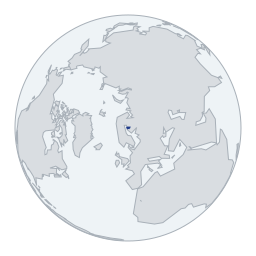 the Earth from above Central Ostrobothnia, rotated 304°
{"feature_id": "FIN-3181", "entity_name": "Central Ostrobothnia", "entity_type": "Province", "adm_level": 1, "iso_a3": "FIN", "parent_name": "Finland", "parent_adm1": "", "projection": "orthographic", "projection_center": [23.72, 63.644], "detail": "coarse", "context": "on_globe", "style": "filled", "palette": "blue", "viewbox_px": 256, "rotation_deg": 304, "n_neighbors": 0, "source": "natural_earth", "source_scale": "10m", "svg_char_len": 10696}
<svg xmlns="http://www.w3.org/2000/svg" viewBox="0 0 256 256"><g transform="rotate(304 128 128)"><circle cx="128" cy="128" r="113" fill="#eef3f6" stroke="#a8b0b8"/><path d="M18.0,103.6L18.9,100.2L19.7,97.3L19.9,96.5L23.3,86.4L25.8,81.0L42.8,54.3L46.0,51.0L48.1,49.1L64.6,37.4L52.5,44.9L56.8,41.2L62.3,37.5L61.7,38.3L68.6,35.0L74.0,32.1L82.6,30.3L88.7,33.4L85.5,34.2L87.3,35.0L91.4,34.1L93.7,33.4L105.5,36.2L119.3,35.8L123.4,33.5L122.7,35.9L130.4,30.1L137.7,29.2L129.5,31.7L128.8,33.1L133.8,33.1L134.1,34.5L136.7,35.4L136.7,37.2L131.9,38.7L131.8,39.9L135.3,39.8L137.5,41.7L132.3,41.6L135.6,44.9L128.2,48.4L114.3,47.2L110.3,51.1L96.1,55.6L97.5,56.9L93.0,59.6L92.9,62.2L90.3,62.5L92.5,64.4L94.8,63.7L96.6,64.3L96.8,65.9L93.5,66.4L92.9,65.7L92.0,66.6L90.3,66.3L91.3,67.3L87.3,67.8L91.4,69.6L88.4,72.0L85.7,71.7L85.8,68.7L79.6,61.3L76.9,60.4L73.0,62.0L66.1,71.1L63.2,71.4L59.4,74.1L61.1,75.2L64.7,73.5L66.9,76.4L71.0,74.1L72.5,75.0L76.8,74.1L76.3,77.5L73.6,81.4L70.0,82.4L68.7,84.2L72.3,86.0L65.8,90.7L61.8,98.9L60.1,99.9L56.4,96.6L55.9,89.4L51.2,85.7L54.5,91.5L50.1,94.1L49.5,96.0L49.9,97.9L51.6,98.3L50.1,100.0L46.4,94.7L47.6,93.1L48.8,94.8L48.6,91.5L46.0,88.2L44.0,89.9L42.2,83.7L40.8,84.9L39.6,84.3L42.0,82.7L37.6,85.4L35.2,79.5L29.2,84.5L34.9,76.8L36.8,72.7L38.6,68.3L37.5,69.0L41.3,62.6L42.3,58.7L39.3,60.0L35.3,64.6L31.5,71.3L31.9,71.8L30.0,76.3L28.0,76.9L24.2,86.2L22.6,88.5L21.0,92.8L19.9,96.8L18.5,102.2L18.7,103.5L18.5,107.8L17.3,110.7L18.1,111.2L17.3,115.5L17.7,126.3L17.3,126.1L17.4,138.7L19.5,150.3L19.9,154.8L19.5,154.9L20.7,158.8L20.7,159.8L27.1,175.2L31.9,184.6L32.8,187.4L30.8,184.9L26.8,177.5L23.4,169.8L20.6,161.9L18.3,153.7L16.7,145.5L15.7,137.1L15.4,128.7L15.6,120.3L16.5,111.9L18.0,103.6ZM27.6,85.4L23.3,97.7L24.2,92.1L24.3,92.8L25.7,89.4L27.8,83.8L29.0,79.3L27.6,85.4ZM29.3,87.6L29.9,85.7L29.5,87.4L29.3,87.6ZM94.6,32.9L91.5,34.0L87.6,34.3L90.2,33.2L94.6,32.9ZM102.0,32.8L100.6,33.7L98.7,32.5L100.1,32.3L102.0,32.8ZM126.3,31.6L123.6,31.8L126.1,31.1L126.3,31.6ZM137.1,35.2L137.8,34.7L138.8,35.4L137.1,35.2ZM76.7,72.3L76.7,73.2L75.9,72.9L76.7,72.3ZM78.6,71.1L77.6,70.2L78.4,69.5L78.9,70.1L78.6,71.1ZM139.7,38.8L141.3,40.2L138.9,39.0L139.7,38.8ZM79.6,72.5L79.8,68.3L81.1,67.2L84.4,68.5L79.6,72.5ZM141.6,41.1L145.4,44.5L147.2,43.6L144.3,48.2L142.0,43.7L138.8,42.4L141.1,42.2L141.6,41.1ZM95.5,62.8L93.0,63.6L95.0,61.6L95.5,62.8ZM96.4,61.4L99.9,54.4L103.7,54.1L101.8,56.4L106.6,55.0L106.7,58.3L104.1,59.8L101.6,59.3L103.6,60.9L96.4,61.4ZM142.1,50.2L142.3,51.3L141.1,50.4L142.1,50.2ZM97.4,64.4L97.8,63.0L101.2,62.6L101.0,65.4L100.0,64.6L97.4,64.4ZM107.8,53.1L110.3,53.4L111.1,56.0L112.1,56.5L107.1,58.3L107.8,53.1ZM99.3,65.5L100.9,66.8L99.4,68.4L97.3,65.8L99.3,65.5ZM102.1,61.4L103.7,61.3L102.7,62.3L102.1,61.4ZM95.2,75.1L95.6,73.3L97.4,72.9L95.2,75.1ZM101.5,67.3L102.0,66.7L102.8,66.4L103.5,67.6L101.5,67.3ZM108.0,60.1L107.8,61.2L110.1,59.5L110.8,61.5L107.3,62.4L109.1,62.9L109.3,63.5L106.2,63.5L108.0,60.1ZM106.4,67.9L102.2,69.8L101.1,73.2L99.5,73.6L101.6,68.1L106.4,67.9ZM106.6,65.3L106.1,67.0L104.3,66.6L103.5,65.2L106.6,65.3ZM112.5,62.6L112.3,59.3L113.1,59.2L112.5,62.6ZM106.5,68.9L107.5,68.4L106.6,69.2L106.5,68.9ZM111.0,64.6L110.9,63.4L111.8,63.4L111.0,64.6ZM109.6,68.5L108.3,69.1L107.7,68.2L109.6,68.5ZM110.6,66.8L111.8,67.0L108.3,67.5L110.3,66.3L110.6,66.8ZM111.9,64.8L112.4,64.4L111.8,65.3L111.9,64.8ZM112.6,71.8L108.4,72.6L107.1,70.5L111.4,70.0L112.6,71.8ZM112.4,239.6L105.4,236.9L108.7,235.6L107.7,233.6L99.0,226.5L100.9,223.1L98.5,220.9L93.6,220.1L90.8,217.2L87.8,216.2L69.0,209.8L63.2,203.7L56.0,188.6L59.4,186.1L59.9,180.4L82.8,170.0L87.8,173.4L106.0,175.4L108.3,176.7L106.3,181.8L120.1,189.7L124.4,185.6L136.8,188.6L144.9,187.5L147.5,177.2L134.2,178.9L131.7,174.1L142.2,168.4L153.8,166.8L153.2,164.8L145.8,161.7L148.3,157.3L143.2,160.3L145.4,162.1L142.2,164.1L140.0,162.6L141.0,161.0L137.5,160.5L133.7,168.3L135.5,171.0L126.4,172.7L128.5,177.4L126.1,179.5L121.5,172.5L121.9,169.9L113.6,161.4L112.4,164.3L120.1,172.5L117.8,171.8L116.2,176.1L115.5,172.3L107.4,162.8L99.0,162.9L88.6,171.0L83.7,170.0L79.4,166.0L83.0,155.7L93.6,159.0L95.0,155.6L92.7,149.1L96.2,150.7L96.5,148.6L100.5,149.5L106.0,145.3L110.0,145.6L112.0,138.9L114.3,138.2L112.5,142.3L113.4,145.4L123.4,145.9L125.2,144.5L125.7,140.2L128.4,141.0L127.6,136.8L133.3,134.9L125.7,133.7L126.1,128.9L129.4,125.1L128.1,123.4L122.7,129.5L121.8,132.2L123.2,134.8L119.4,142.3L116.0,143.2L114.8,134.8L109.8,135.3L111.0,128.8L124.9,115.8L130.8,113.1L140.9,118.7L139.6,122.0L135.3,121.6L139.4,126.4L139.0,123.9L141.3,124.6L142.2,120.4L143.8,120.7L141.9,116.2L144.0,116.1L145.2,119.0L148.3,112.9L152.6,111.7L152.6,110.2L151.3,108.9L157.6,108.3L157.3,107.2L155.1,107.0L153.0,104.7L151.7,100.5L154.0,100.6L154.7,102.1L159.7,105.4L161.4,109.6L162.2,109.2L161.3,105.6L155.2,101.5L153.8,99.0L156.9,100.5L155.7,99.7L155.7,98.5L157.8,97.4L154.5,95.6L151.7,82.6L155.5,79.3L158.6,82.0L159.0,73.5L163.3,70.8L161.3,70.5L160.1,66.5L158.7,67.2L157.7,66.8L154.0,57.2L154.9,55.2L151.0,51.1L149.9,51.0L149.0,52.3L144.3,48.2L147.2,43.6L149.4,44.0L149.7,41.0L154.8,42.5L159.1,42.5L164.5,46.0L167.4,45.8L167.2,44.7L171.1,43.7L179.8,45.8L173.7,49.0L160.8,47.6L166.2,48.5L165.3,49.8L167.4,51.2L171.1,51.8L171.4,50.9L178.9,60.4L188.6,65.9L187.1,61.4L189.1,59.8L198.8,62.9L212.1,77.5L214.8,76.1L216.9,77.4L218.7,81.4L215.7,79.6L215.0,82.0L213.1,80.5L214.9,86.6L212.3,84.7L215.0,90.5L217.1,90.3L216.4,85.6L220.0,91.5L222.9,89.5L226.3,92.0L231.8,105.1L232.7,114.6L233.4,116.0L232.2,118.0L233.0,124.1L237.2,123.9L238.0,125.7L238.1,135.4L237.7,134.3L234.5,139.5L235.6,144.9L238.1,141.9L239.1,143.5L237.9,147.1L236.8,146.0L235.6,147.7L234.7,143.6L231.3,141.0L230.0,146.6L228.9,144.2L224.1,144.0L221.6,151.9L218.4,167.7L220.0,174.3L218.0,180.1L210.7,176.8L207.1,171.6L204.7,174.8L196.9,173.6L184.3,181.9L182.3,180.7L179.9,183.1L174.4,183.6L171.3,181.1L168.1,182.7L176.4,189.0L179.8,187.1L182.4,181.9L184.1,184.5L189.4,184.5L184.3,195.3L165.2,209.7L163.0,205.0L146.8,191.9L147.1,189.8L147.0,189.5L146.8,189.2L145.7,192.8L142.8,189.6L151.8,200.4L153.4,204.9L164.9,210.1L163.9,211.3L167.5,211.7L178.7,205.2L178.8,206.9L173.7,216.3L158.0,229.0L159.9,232.3L158.5,234.9L148.3,238.1L148.9,238.6L143.6,239.5L133.2,240.5L122.8,240.5L112.4,239.6ZM75.1,178.5L74.6,180.3L75.1,178.5ZM166.4,169.7L173.1,167.2L169.5,161.9L171.8,160.6L169.8,159.3L169.3,161.5L164.1,157.7L166.8,154.4L165.7,151.7L163.4,152.4L159.3,159.0L166.6,164.5L165.3,167.8L166.4,169.7ZM17.7,126.6L17.6,128.5L17.4,126.7L17.7,126.6ZM23.5,92.4L22.9,94.6L22.4,96.1L22.6,94.6L23.5,92.4ZM21.2,110.7L21.0,113.5L20.9,111.1L21.2,110.7ZM22.9,99.5L21.3,108.6L21.1,104.3L22.2,98.6L21.9,101.9L22.9,99.5ZM27.9,87.9L27.3,89.4L26.9,89.5L27.9,87.9ZM29.0,88.8L29.1,88.3L29.7,87.3L29.0,88.8ZM50.4,94.4L50.6,94.9L50.6,96.9L49.8,96.2L50.4,94.4ZM55.2,105.0L52.7,107.5L53.9,105.1L52.4,104.5L53.0,99.0L59.2,100.1L56.3,100.5L55.2,105.0ZM55.6,92.1L54.5,95.4L55.4,91.8L55.6,92.1ZM94.6,136.3L96.0,138.3L94.5,140.5L89.4,140.6L91.4,137.3L94.6,136.3ZM98.3,140.6L98.5,132.5L101.6,132.2L99.8,133.7L101.9,134.4L99.5,136.9L102.4,144.8L101.3,147.4L92.5,145.9L96.0,144.9L94.4,143.0L98.3,140.6ZM93.3,113.5L93.4,110.3L100.2,113.8L99.3,116.4L94.1,116.5L92.1,113.6L93.3,113.5ZM85.3,75.8L84.9,74.6L85.8,74.5L86.9,75.3L85.3,75.8ZM95.3,74.3L88.0,80.8L87.2,79.8L83.9,85.1L80.4,84.4L82.7,81.0L77.6,84.6L78.2,81.2L75.0,84.0L80.4,76.4L80.7,73.6L81.6,76.9L84.8,77.5L86.2,77.0L90.7,73.4L93.1,68.0L96.6,67.9L98.4,69.3L98.4,70.6L96.1,70.2L97.7,72.2L94.4,72.7L95.3,74.3ZM118.0,87.5L115.4,86.2L118.0,90.9L114.7,91.2L115.2,91.7L112.9,93.3L111.0,96.1L109.5,95.7L109.4,97.0L107.8,98.1L107.2,99.8L104.2,99.8L103.2,101.8L102.4,100.6L101.4,104.2L100.8,101.6L98.8,102.9L100.4,104.8L86.1,101.2L80.6,102.0L76.3,104.2L75.8,99.5L79.6,94.5L85.3,90.2L90.7,90.2L89.6,88.2L91.8,87.6L91.8,89.5L93.1,86.3L95.0,86.3L100.1,83.0L100.9,78.5L102.8,77.2L103.4,79.0L104.8,76.5L107.3,79.0L108.7,78.2L112.5,79.9L112.8,83.9L114.4,82.7L117.3,84.1L118.0,87.5ZM113.6,72.4L114.8,77.0L113.6,79.4L107.5,75.4L105.9,75.8L101.9,73.5L103.8,70.1L104.7,71.0L106.1,71.2L105.0,72.2L106.9,71.5L108.3,72.8L110.2,72.7L110.0,74.2L113.6,72.4ZM110.9,175.0L112.6,175.5L115.4,175.5L114.5,178.3L110.9,175.0ZM105.2,168.7L106.8,168.6L106.8,172.3L105.0,171.9L105.2,168.7ZM107.6,165.4L106.9,168.3L106.2,166.5L107.6,165.4ZM113.9,142.0L115.6,141.7L115.8,142.7L114.9,144.1L113.9,142.0ZM125.0,102.2L123.7,100.9L124.2,100.3L123.4,96.5L125.7,96.1L127.2,98.2L125.0,102.2ZM145.2,179.4L142.9,181.6L141.7,180.9L142.7,180.3L145.2,179.4ZM128.0,180.8L131.9,181.9L127.7,181.5L128.0,180.8ZM127.5,101.1L126.8,99.6L128.4,100.3L127.5,101.1ZM127.4,95.6L129.3,96.1L125.9,95.6L127.4,95.6ZM163.4,234.9L162.9,234.9L166.3,232.6L172.3,229.8L175.4,227.5L176.9,228.1L169.0,232.9L163.4,234.9ZM238.7,148.8L237.9,152.0L234.4,155.0L235.7,151.5L239.0,145.2L238.8,146.6L239.5,144.0L239.4,144.8L238.7,148.8ZM240.3,136.5L240.2,136.0L240.3,133.4L240.5,130.9L239.6,116.0L239.6,113.7L240.2,118.9L240.2,118.4L240.6,127.5L240.3,136.5ZM220.5,174.5L222.8,175.6L221.6,178.0L220.5,174.5ZM238.1,108.5L239.2,114.7L237.9,108.2L238.1,108.5ZM236.6,103.6L237.1,104.5L236.8,105.1L236.6,103.6ZM234.5,117.6L234.4,120.6L233.8,119.9L233.7,115.7L234.5,117.6ZM228.9,94.3L231.0,96.6L231.7,97.8L230.6,97.7L228.9,94.3ZM146.8,96.6L145.4,102.3L145.9,106.3L148.7,108.5L144.2,108.0L143.3,101.7L146.8,96.6ZM150.8,84.3L148.4,82.6L149.8,81.8L150.6,82.1L150.8,84.3ZM149.1,84.4L145.5,85.2L144.3,83.3L147.4,83.0L149.1,84.4ZM136.5,93.1L135.9,94.8L134.6,94.1L136.5,93.1ZM237.8,102.9L237.9,104.0L238.6,107.5L236.7,99.4L237.0,99.5L237.7,102.4L237.8,102.9ZM237.1,101.4L237.8,104.6L236.7,100.5L237.1,101.4ZM237.6,104.6L237.1,103.7L236.9,101.8L237.6,104.6ZM236.8,100.1L235.7,97.5L236.1,97.7L236.8,100.1ZM235.7,101.8L236.2,99.4L236.6,104.2L234.0,100.5L233.7,98.0L235.7,101.8ZM217.5,72.9L216.1,72.5L215.1,70.1L216.3,71.1L217.5,72.9ZM210.4,62.3L214.4,69.3L217.3,75.2L217.5,74.1L220.3,77.0L218.6,77.7L214.8,72.4L213.0,68.2L210.5,66.3L207.7,62.7L204.8,61.7L202.9,59.8L205.0,59.5L210.4,62.3ZM203.6,61.4L197.5,58.8L196.6,55.2L197.7,55.0L200.9,57.6L201.2,59.4L203.6,61.4ZM195.7,57.2L196.0,58.9L187.5,59.6L185.4,58.9L191.4,56.2L192.0,57.7L194.2,58.3L195.7,57.2ZM143.4,51.1L142.4,51.3L142.9,50.4L143.4,51.1ZM156.9,67.4L155.6,66.6L156.2,65.6L156.9,67.4ZM152.1,64.2L152.3,65.8L151.2,64.0L152.1,64.2ZM153.0,69.6L152.0,66.5L154.3,69.5L153.0,69.6Z" fill="#d9dde1" stroke="#a8b0b8" stroke-width="1"/><path d="M127.4,127.7L127.5,127.6L127.7,127.4L127.7,127.2L127.9,127.2L128.0,127.0L128.3,127.2L128.4,127.3L128.5,127.5L128.8,128.0L129.1,128.4L128.9,128.6L129.0,128.7L128.9,128.7L128.9,129.0L128.7,128.9L128.6,129.0L128.4,129.0L128.4,128.9L128.3,128.7L128.1,128.7L127.9,128.2L128.0,128.0L128.0,127.9L127.8,127.8L127.7,127.8L127.4,127.7Z" fill="#3b82f6" stroke="#1e3a8a" stroke-width="1.5"/></g></svg>